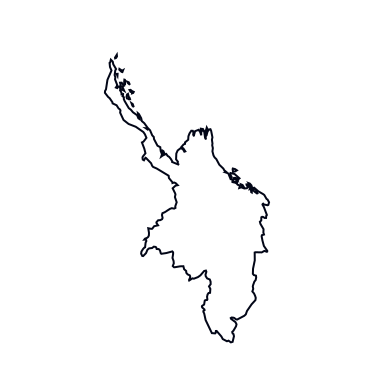 outline of Myanmar, rotated 160°
{"feature_id": "MMR", "entity_name": "Myanmar", "entity_type": "country or territory", "adm_level": 0, "iso_a3": "MMR", "parent_name": "Asia", "parent_adm1": "", "projection": "albers", "projection_center": [96.922, 19.196], "detail": "fine", "context": "isolated", "style": "outline", "palette": "ink", "viewbox_px": 384, "rotation_deg": 160, "n_neighbors": 0, "source": "natural_earth", "source_scale": "50m", "svg_char_len": 6118}
<svg xmlns="http://www.w3.org/2000/svg" viewBox="0 0 384 384"><g transform="rotate(160 192 192)"><path d="M245.5,172.9L242.9,171.3L241.9,171.1L239.3,172.8L235.3,172.3L236.0,175.2L235.7,175.8L233.5,177.0L231.3,176.4L229.4,176.7L228.5,177.7L228.1,180.7L227.0,182.2L224.6,182.3L218.5,183.7L216.5,183.7L214.5,182.5L213.0,182.7L212.6,184.3L209.9,187.6L209.8,193.1L208.4,195.3L208.3,196.4L208.9,202.1L205.3,203.6L203.1,203.3L204.3,205.9L205.5,207.0L207.2,207.1L207.0,207.6L208.9,213.0L208.4,215.3L217.1,226.1L220.0,228.9L220.5,230.3L220.6,233.0L223.6,239.7L224.0,240.1L226.3,238.2L227.2,239.3L226.8,241.2L226.1,242.1L222.5,244.3L222.0,249.0L222.1,255.7L220.4,255.9L216.3,258.5L216.5,262.3L217.2,265.0L222.5,272.5L228.3,277.6L231.7,283.1L232.4,291.1L231.3,293.2L231.6,294.5L232.4,295.6L233.2,299.3L236.3,302.4L236.1,303.6L237.3,308.3L238.3,310.0L239.9,315.0L239.2,316.6L237.7,317.9L233.1,326.3L226.1,333.7L226.3,337.5L225.3,341.5L224.6,341.7L223.0,344.1L221.9,341.7L222.3,338.9L221.3,333.5L222.5,332.5L224.7,328.4L224.8,326.0L225.8,324.2L225.7,318.4L226.5,317.1L227.8,316.2L226.7,315.2L224.9,316.3L223.9,316.0L224.1,313.1L224.8,312.3L224.3,309.5L224.8,307.9L223.3,307.6L223.6,306.7L224.5,305.8L223.6,304.3L224.3,302.7L224.2,300.6L222.7,292.4L221.3,290.2L220.2,287.1L217.3,282.9L217.2,279.6L216.6,278.8L215.8,284.4L215.2,283.3L214.5,278.7L214.9,275.8L213.3,273.0L211.8,267.7L212.1,267.0L213.6,267.7L212.3,265.8L211.2,266.3L210.3,264.3L210.0,258.8L209.1,256.8L209.6,254.7L208.6,247.3L206.5,245.0L207.4,241.1L207.3,237.7L208.8,235.8L207.1,236.3L203.2,236.6L202.5,234.1L201.5,232.9L200.6,230.4L200.1,227.6L200.4,227.0L194.9,222.0L195.8,223.6L194.9,225.3L195.8,228.1L193.6,233.5L191.3,235.9L188.3,236.9L187.2,236.6L185.9,235.4L185.4,232.5L184.4,232.5L185.2,235.8L186.6,237.9L183.6,239.6L182.1,239.6L181.6,241.0L177.7,242.4L176.3,245.6L174.3,247.9L171.7,249.8L170.3,249.2L170.4,247.2L171.3,245.4L171.0,243.6L170.8,244.6L168.3,248.1L164.6,248.2L163.8,245.5L163.9,242.1L163.1,244.6L162.3,245.6L160.1,246.7L160.0,244.0L161.2,238.4L160.9,236.6L160.3,239.5L159.0,240.2L156.7,243.5L154.4,244.9L153.2,244.7L153.1,242.9L154.1,236.4L155.4,234.3L156.2,230.5L157.0,229.1L157.4,226.1L158.9,223.2L159.3,218.9L158.9,216.7L157.9,214.6L157.0,208.3L154.5,203.2L154.3,201.5L153.1,199.4L154.2,199.3L151.9,197.4L151.5,196.7L151.3,190.1L150.5,191.9L149.6,192.4L150.0,195.0L149.3,196.6L145.9,194.4L142.7,188.6L144.0,188.1L146.3,190.4L147.8,190.9L150.0,189.4L150.6,187.5L148.1,185.9L147.1,184.7L146.6,183.2L144.7,181.8L146.2,179.6L144.2,179.6L141.6,177.4L139.2,176.8L137.7,177.3L138.3,179.7L138.2,180.5L137.2,180.3L135.3,176.7L136.8,174.9L135.6,174.8L136.4,171.6L136.0,171.1L135.2,173.1L133.5,175.3L132.1,174.3L133.7,172.2L133.1,170.9L131.4,168.4L131.0,168.4L131.3,170.3L131.1,172.9L129.4,169.9L125.9,165.7L125.1,164.5L124.3,159.9L123.6,159.1L123.1,156.0L124.7,153.8L125.5,153.7L128.7,155.7L129.1,156.7L129.6,156.6L130.1,156.0L129.6,153.3L129.5,144.8L130.4,144.2L131.3,142.3L132.5,142.7L133.8,144.3L134.6,144.7L135.5,144.5L136.7,141.5L138.4,140.8L138.6,138.6L137.5,132.6L138.8,129.5L138.9,127.4L141.1,127.5L141.7,126.6L142.4,122.4L142.9,116.7L141.4,111.0L141.7,110.3L142.1,110.2L144.2,111.9L147.1,111.4L153.0,113.7L153.8,113.7L156.4,106.3L160.9,99.0L162.8,94.3L162.3,92.8L160.5,91.5L160.9,89.8L162.3,87.5L164.0,86.5L166.5,83.5L167.2,82.4L167.6,80.0L169.3,77.9L168.4,75.4L168.2,72.8L168.3,70.7L169.4,68.7L174.4,66.1L181.0,61.4L183.3,58.6L185.2,57.8L193.2,56.7L194.2,57.3L195.4,59.2L196.5,60.0L197.8,60.5L198.7,60.3L198.7,59.5L195.7,54.9L195.4,52.5L196.6,50.7L200.5,47.5L202.1,46.7L202.2,45.2L201.6,44.3L201.9,42.1L205.1,37.3L206.9,37.4L208.5,39.8L210.2,39.8L213.4,43.3L213.8,46.2L216.4,53.0L217.1,53.2L218.0,51.5L218.6,51.2L221.6,52.6L223.0,67.0L222.1,73.7L222.3,75.5L222.0,76.3L220.6,76.7L220.5,77.4L221.9,80.0L221.9,80.9L221.5,81.5L219.1,82.1L217.2,85.5L216.6,85.8L214.7,85.4L214.3,85.8L213.7,88.4L212.4,90.4L211.0,91.4L209.5,91.1L207.9,94.7L208.3,97.5L206.0,99.0L205.2,101.4L205.2,103.7L207.3,105.6L207.9,108.1L207.6,109.7L205.8,112.1L205.8,113.4L207.6,113.6L212.6,110.8L215.5,110.0L219.9,109.9L221.1,110.7L224.9,109.8L224.9,110.3L222.9,112.4L222.6,113.4L222.6,114.4L224.3,116.1L225.0,118.0L224.5,119.8L225.8,122.1L225.5,125.2L228.5,126.2L234.0,127.2L234.7,127.5L235.4,129.0L233.5,131.2L232.9,133.5L232.9,136.7L230.9,140.3L230.4,141.8L230.8,142.9L236.9,143.4L241.9,144.4L242.3,145.0L242.1,147.8L242.3,148.9L242.9,149.8L244.7,150.5L244.6,152.2L245.1,152.9L246.6,153.7L248.7,153.0L251.5,153.7L252.6,153.4L253.7,152.9L256.1,150.3L259.8,148.5L260.6,148.9L260.9,151.4L259.9,153.3L257.6,155.1L255.9,156.0L255.0,156.1L252.9,160.3L251.7,161.5L251.5,162.6L251.9,163.3L253.1,163.6L252.2,164.2L249.8,164.3L248.5,164.8L247.4,165.9L246.4,168.3L245.5,172.9ZM146.2,185.5L149.7,187.7L149.0,189.3L147.7,189.9L146.8,189.4L146.4,187.9L145.1,186.5L146.2,185.5ZM220.2,301.7L221.1,302.2L221.0,303.8L219.7,305.8L218.6,306.1L218.9,303.2L218.4,301.5L218.5,300.4L219.9,300.9L220.2,301.7ZM145.6,200.1L143.7,198.8L142.4,197.0L144.5,196.6L146.5,197.1L146.0,199.6L145.6,200.1ZM222.6,315.9L222.2,319.3L220.7,318.8L219.7,315.1L222.1,314.9L222.6,315.9ZM157.2,245.9L156.1,247.5L155.8,245.1L159.2,241.6L159.5,242.7L158.6,244.7L157.2,245.9ZM206.4,241.1L205.8,241.3L204.9,240.2L204.7,237.6L205.8,236.9L206.4,237.2L206.8,238.1L206.4,241.1ZM218.2,318.4L217.1,320.7L216.7,320.4L216.9,318.8L218.5,315.3L218.2,318.4ZM217.1,329.0L218.5,331.8L218.1,332.5L216.2,329.9L215.0,330.1L216.4,328.5L217.1,329.0ZM223.5,312.3L221.3,313.3L221.1,310.3L222.1,311.6L223.5,312.3ZM218.4,344.6L215.7,346.7L216.1,345.1L217.4,344.0L218.5,343.9L218.4,344.6ZM134.6,177.1L135.6,180.8L134.8,180.1L133.9,177.9L134.0,176.4L134.6,177.1ZM218.5,293.5L218.5,296.2L217.6,294.9L217.7,291.7L218.5,293.5ZM142.8,179.9L143.1,182.2L142.1,181.3L141.6,178.9L142.8,179.9ZM215.8,309.2L214.8,309.0L214.1,307.8L214.7,306.9L215.5,307.1L215.8,309.2ZM214.6,305.2L213.6,307.1L212.5,306.0L213.4,305.2L214.6,305.2ZM214.9,316.1L215.0,317.7L213.9,316.7L213.7,314.0L214.9,316.1ZM162.9,246.9L162.1,248.5L161.2,248.0L162.8,246.2L162.9,246.9ZM222.5,328.8L221.5,328.5L222.3,326.7L222.5,328.8Z" fill="none" stroke="#020617" stroke-width="2"/></g></svg>